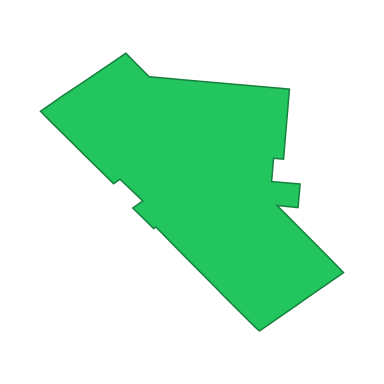 General Donovan, Chaco, Argentina (Equal Earth projection), rotated 95°
{"feature_id": "61730980B89470085473651", "entity_name": "General Donovan", "entity_type": "district", "adm_level": 2, "iso_a3": "ARG", "parent_name": "Argentina", "parent_adm1": "Chaco", "projection": "equal_earth", "projection_center": [-59.356, -27.157], "detail": "fine", "context": "isolated", "style": "filled", "palette": "green", "viewbox_px": 384, "rotation_deg": 95, "n_neighbors": 0, "source": "geoboundaries", "source_scale": "gbopen_adm2", "svg_char_len": 1154}
<svg xmlns="http://www.w3.org/2000/svg" viewBox="0 0 384 384"><g transform="rotate(95 192 192)"><path d="M68.5,281.0L92.3,310.2L106.5,328.1L108.7,330.8L109.1,331.2L110.3,332.7L116.9,340.5L120.1,344.4L124.7,349.9L124.8,350.0L129.6,344.4L131.8,341.8L137.0,335.6L137.4,335.1L138.7,333.5L142.5,328.9L143.7,327.5L146.3,324.3L146.4,324.2L146.5,324.0L149.5,320.5L149.5,320.4L156.7,311.8L160.0,307.9L160.6,307.1L161.2,306.4L163.1,304.2L165.4,301.4L185.4,277.1L187.6,274.5L190.6,270.8L188.9,268.8L185.6,264.8L195.3,252.6L201.8,244.5L205.2,240.3L210.9,247.0L213.1,249.6L213.7,249.0L214.7,247.7L231.2,227.7L231.8,227.0L231.4,226.6L230.0,224.9L232.6,221.9L254.5,196.4L258.2,192.0L258.4,191.8L287.7,157.1L291.2,153.2L321.5,116.9L324.5,112.7L321.4,108.9L294.7,76.7L291.2,72.7L259.4,34.3L259.1,34.0L243.1,52.6L242.5,53.3L214.0,87.1L202.8,100.4L198.0,106.1L198.1,99.5L198.3,85.0L189.6,85.0L174.6,85.0L174.6,91.8L174.7,113.6L151.3,113.7L151.3,110.1L151.3,106.6L151.3,103.7L142.9,103.7L142.5,103.7L81.0,103.9L81.0,171.5L81.0,198.0L81.0,216.2L80.9,222.5L80.9,244.7L71.8,255.6L59.5,270.0L61.4,272.3L68.5,281.0Z" fill="#22c55e" stroke="#15803d" stroke-width="1.5"/></g></svg>